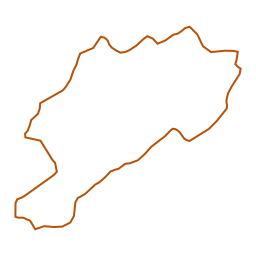 SVG path tracing the border of Afyonkarahisar
{"feature_id": "TUR-2272", "entity_name": "Afyonkarahisar", "entity_type": "Province", "adm_level": 1, "iso_a3": "TUR", "parent_name": "Turkey", "parent_adm1": "", "projection": "robinson", "projection_center": [30.622, 38.521], "detail": "fine", "context": "isolated", "style": "outline", "palette": "amber", "viewbox_px": 256, "rotation_deg": 0, "n_neighbors": 0, "source": "natural_earth", "source_scale": "10m", "svg_char_len": 1288}
<svg xmlns="http://www.w3.org/2000/svg" viewBox="0 0 256 256"><path d="M40.2,103.2L62.9,90.3L66.1,86.5L70.5,79.4L73.5,70.5L76.4,64.9L78.1,58.9L80.2,53.5L93.2,48.0L100.8,36.8L104.6,37.7L107.7,40.5L109.4,44.8L111.9,47.7L113.7,48.8L115.5,50.1L120.3,52.7L125.4,51.9L129.3,50.2L136.5,45.5L143.4,39.1L147.3,36.2L152.8,38.6L157.5,43.7L165.5,40.4L173.3,34.7L177.6,33.7L181.4,31.2L185.2,28.0L189.7,26.8L197.4,34.5L202.9,46.2L211.0,52.1L225.1,50.7L233.6,50.9L237.8,51.9L236.4,60.8L235.8,62.5L235.3,64.2L238.6,67.4L240.6,68.6L239.7,73.9L231.4,87.0L228.1,93.2L226.4,100.3L226.6,103.0L227.1,105.6L226.7,108.6L217.2,120.5L208.9,128.9L189.6,141.0L186.9,140.2L184.4,138.8L179.5,132.0L177.5,130.3L175.3,129.1L172.7,128.7L170.5,130.5L165.1,136.1L151.5,146.6L144.8,154.0L137.8,160.3L129.5,163.4L127.1,163.5L124.8,164.0L118.6,168.8L114.4,169.9L110.4,171.6L105.0,177.4L99.3,182.3L95.0,184.7L85.1,194.0L77.7,198.1L75.4,202.3L73.9,216.1L70.3,222.5L62.4,226.6L53.9,227.0L44.1,226.2L35.2,229.2L30.3,221.0L29.0,220.1L27.5,219.7L24.5,218.2L23.0,217.7L18.0,217.7L15.4,216.7L15.5,203.1L17.2,199.3L20.7,198.0L24.2,196.2L53.7,175.1L56.8,171.8L55.1,162.9L52.2,159.6L40.5,140.7L25.4,137.4L25.1,133.7L27.7,130.7L29.8,125.2L31.3,119.9L38.0,113.8L39.7,108.7L40.2,103.2Z" fill="none" stroke="#b45309" stroke-width="2"/></svg>